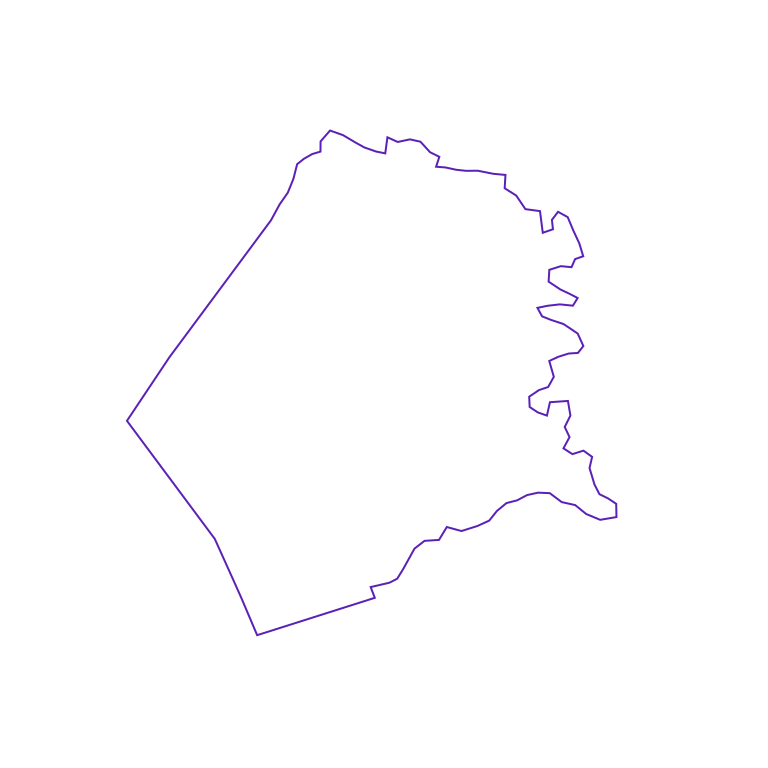 Itabi, Sergipe, Brazil (Natural Earth projection), rotated 146°
{"feature_id": "56859067B58035977346171", "entity_name": "Itabi", "entity_type": "district", "adm_level": 2, "iso_a3": "BRA", "parent_name": "Brazil", "parent_adm1": "Sergipe", "projection": "natural_earth1", "projection_center": [-37.181, -10.102], "detail": "fine", "context": "isolated", "style": "outline", "palette": "violet", "viewbox_px": 768, "rotation_deg": 146, "n_neighbors": 0, "source": "geoboundaries", "source_scale": "gbopen_adm2", "svg_char_len": 1510}
<svg xmlns="http://www.w3.org/2000/svg" viewBox="0 0 768 768"><g transform="rotate(146 384 384)"><path d="M617.7,497.2L610.9,350.2L619.0,303.0L621.8,287.0L629.6,246.7L511.2,211.9L508.6,223.1L490.5,216.2L481.9,215.2L471.5,219.9L450.7,230.5L438.1,231.3L425.6,224.0L411.9,230.3L402.0,218.8L386.2,214.1L373.2,211.9L361.4,215.6L349.1,216.8L338.7,213.1L327.5,211.9L317.1,207.8L307.6,200.8L302.7,186.7L293.2,176.7L289.1,163.2L280.7,150.5L265.7,143.7L258.5,154.8L262.2,163.8L267.0,172.2L265.7,183.0L260.6,199.4L252.2,207.2L255.9,217.2L267.0,220.5L271.2,230.3L259.9,236.2L258.2,247.3L247.1,253.6L241.0,267.1L256.6,276.1L266.6,266.7L272.4,274.5L276.1,283.5L270.7,292.3L258.9,292.3L249.6,289.7L239.2,295.0L234.1,310.7L224.3,309.1L213.9,306.0L205.8,301.3L197.5,304.0L195.2,317.5L201.6,333.2L209.8,343.9L215.1,351.7L214.2,361.3L204.7,357.4L193.7,351.7L183.6,343.3L175.4,347.0L179.9,355.3L184.9,363.7L190.3,376.8L183.1,386.2L171.5,382.8L163.2,376.0L155.7,380.7L147.4,378.5L143.5,391.2L141.3,404.9L138.4,419.6L143.4,429.4L153.0,426.2L157.4,417.8L167.8,420.6L158.0,440.1L169.0,449.9L169.0,466.3L174.5,478.8L166.4,489.4L175.9,497.2L186.8,508.2L197.2,515.2L204.4,521.3L211.9,529.1L219.3,535.0L211.1,541.4L216.2,550.4L218.3,564.5L225.7,572.3L237.3,577.0L243.2,586.6L254.0,574.5L260.7,581.3L268.0,591.1L272.6,600.1L278.8,613.2L287.0,624.3L300.9,620.6L306.7,612.2L315.0,614.8L324.5,615.5L333.1,614.8L344.3,604.8L356.8,596.4L370.0,591.3L386.2,582.9L546.9,526.2L617.7,497.2Z" fill="none" stroke="#5b21b6" stroke-width="2"/></g></svg>